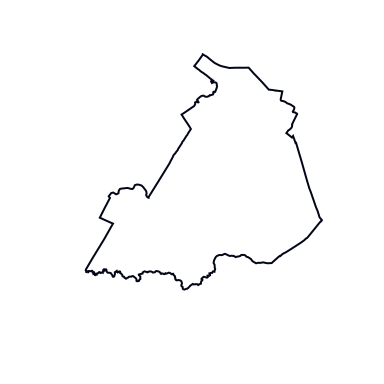 Butimanu, Dâmbovita, Romania, rotated 324°
{"feature_id": "2599482B27210810960629", "entity_name": "Butimanu", "entity_type": "district", "adm_level": 2, "iso_a3": "ROU", "parent_name": "Romania", "parent_adm1": "Dâmbovita", "projection": "albers", "projection_center": [25.868, 44.685], "detail": "fine", "context": "isolated", "style": "outline", "palette": "ink", "viewbox_px": 384, "rotation_deg": 324, "n_neighbors": 0, "source": "geoboundaries", "source_scale": "gbopen_adm2", "svg_char_len": 5980}
<svg xmlns="http://www.w3.org/2000/svg" viewBox="0 0 384 384"><g transform="rotate(324 192 192)"><path d="M214.7,296.3L223.3,295.4L225.3,295.3L225.5,295.7L226.0,295.7L228.4,295.4L228.8,295.5L229.3,295.4L232.2,295.9L235.8,296.2L250.8,297.0L254.7,297.0L255.5,296.8L257.1,296.7L258.4,296.8L269.4,293.9L276.4,292.0L279.0,291.4L279.1,291.6L280.5,291.2L280.6,290.5L280.3,288.2L280.4,287.1L282.2,282.0L282.9,279.3L283.3,277.4L288.1,261.8L289.0,258.2L291.8,250.2L298.1,233.1L305.1,213.4L304.6,213.2L306.7,206.1L304.9,206.7L303.0,199.8L306.3,198.7L307.4,198.9L308.4,198.8L309.7,198.6L310.4,198.4L311.4,197.8L312.3,196.8L312.6,196.6L312.6,196.2L312.8,196.0L322.9,190.7L322.9,189.9L322.5,189.4L322.1,188.2L320.7,186.8L320.8,186.2L323.2,185.1L324.5,183.8L324.6,182.9L323.0,178.9L321.1,176.1L320.8,174.9L320.0,173.1L319.4,172.3L318.0,170.8L317.8,170.5L317.8,170.1L317.9,169.6L318.8,168.6L324.2,163.7L319.3,159.0L319.2,159.1L317.5,157.2L314.3,154.3L313.3,144.4L311.6,131.9L310.9,124.7L304.4,120.1L299.6,116.6L295.1,113.6L290.3,108.1L288.9,106.2L287.9,104.4L286.2,101.0L285.2,97.6L284.0,93.0L283.7,91.6L283.4,90.9L281.6,87.0L281.3,87.3L274.8,89.5L267.8,91.5L269.0,96.0L269.6,97.6L269.9,99.3L270.7,101.5L270.9,101.7L271.8,104.8L272.1,105.4L273.4,110.6L274.5,114.1L272.6,113.6L272.4,113.8L272.2,115.6L272.9,115.7L274.2,116.1L275.4,117.1L275.7,117.6L275.8,118.2L275.6,119.0L274.6,120.6L274.3,121.3L273.6,122.0L271.5,123.4L270.5,124.0L269.7,124.6L269.3,124.4L268.6,123.7L267.9,123.7L267.5,124.1L267.5,124.7L266.2,125.4L265.2,125.1L264.2,124.6L263.2,124.5L263.2,124.2L261.5,124.2L260.8,124.1L259.7,123.5L259.1,122.9L258.4,122.1L258.2,121.2L257.7,120.6L256.1,119.9L254.9,119.8L251.3,120.1L250.3,120.4L250.1,123.2L250.0,123.3L249.7,123.2L249.2,122.6L249.0,121.8L248.5,121.4L247.8,121.6L247.1,121.4L246.3,122.7L244.4,123.7L232.4,123.4L229.1,123.2L228.8,127.5L228.4,137.6L228.1,140.4L222.9,142.4L222.0,143.0L220.6,143.3L215.4,145.4L213.8,145.7L212.4,146.6L205.9,149.1L205.5,149.5L205.0,149.7L202.0,150.5L201.3,150.9L199.1,151.2L195.5,153.2L193.2,154.2L192.8,154.5L190.6,155.6L172.2,163.2L153.9,170.6L153.5,171.1L152.9,170.1L152.9,168.7L153.1,167.5L154.5,166.4L155.3,164.8L155.5,163.5L155.4,159.4L155.0,157.1L153.1,154.6L151.5,153.4L149.7,152.9L147.4,154.3L145.9,154.6L145.1,154.3L142.2,150.8L136.6,147.6L135.4,147.2L133.7,147.9L132.8,148.6L131.9,149.7L130.5,149.7L129.3,149.3L127.9,146.1L126.1,145.4L122.1,146.5L122.1,148.6L112.2,153.5L102.3,158.6L107.7,168.1L109.5,171.1L93.3,178.5L72.6,187.1L61.1,192.1L60.0,192.8L59.9,194.1L59.5,194.3L59.4,194.4L59.6,194.7L60.8,194.6L61.1,194.8L61.2,195.1L60.8,195.6L60.8,195.9L61.1,195.9L62.1,195.3L63.3,196.4L63.6,196.6L64.6,196.8L64.9,197.1L65.0,198.1L64.3,198.7L64.4,198.9L65.4,199.1L65.6,199.3L65.6,199.8L65.3,200.3L64.9,200.4L64.3,200.2L64.1,200.3L64.0,200.5L64.9,201.0L65.1,201.3L64.7,202.2L64.9,202.4L65.2,202.3L65.5,201.8L65.9,201.7L66.2,201.9L66.2,202.6L66.3,202.8L66.8,202.4L66.9,202.0L67.5,202.1L68.0,202.5L69.5,202.2L70.1,202.4L70.3,202.8L70.1,203.3L70.3,203.7L71.7,204.3L72.3,204.2L72.5,204.7L73.0,204.1L73.9,204.4L74.1,204.3L74.2,204.2L74.3,203.9L74.1,203.5L74.2,203.0L74.9,202.8L75.5,202.8L75.8,203.1L75.8,203.4L75.6,204.3L75.8,204.4L76.8,204.0L77.0,204.1L77.1,204.5L76.7,205.0L76.4,205.2L76.2,207.0L76.3,207.5L76.5,207.8L77.7,208.8L78.6,209.8L78.6,212.5L78.2,213.7L78.2,214.0L78.4,214.2L79.0,214.6L79.9,214.2L81.5,213.0L82.4,211.6L82.7,211.6L83.9,211.6L83.6,211.9L83.7,212.0L83.8,212.1L84.1,212.2L84.6,213.4L85.1,213.4L85.5,213.0L85.9,213.5L86.9,213.8L87.0,214.2L86.9,214.6L86.4,214.7L86.2,214.9L86.5,215.7L86.9,217.9L86.3,219.2L86.7,220.1L87.2,220.6L87.2,220.8L87.0,221.8L87.5,222.6L87.5,223.1L87.8,223.4L88.2,223.5L89.3,223.4L90.1,223.7L91.1,223.5L92.1,224.0L93.0,224.8L94.0,224.9L94.8,225.2L95.6,227.7L95.9,229.2L95.5,230.8L95.0,231.0L94.8,231.3L95.0,231.8L95.2,232.0L96.7,232.7L97.0,232.7L97.9,232.0L99.0,232.1L100.5,230.0L100.2,228.2L100.3,227.6L100.6,227.5L101.9,228.0L102.2,228.2L102.4,228.4L103.5,228.6L104.1,228.9L104.5,228.4L105.0,228.1L105.6,228.1L106.9,228.3L107.3,228.7L107.8,229.5L108.6,230.2L108.6,230.7L108.8,230.9L110.4,231.0L110.8,231.3L111.5,231.6L112.0,232.1L112.6,233.0L112.9,233.6L113.0,234.2L113.8,234.5L114.6,235.1L116.3,234.8L116.6,234.9L117.2,235.5L118.0,236.3L118.5,237.0L119.1,239.0L118.7,239.5L118.7,239.8L118.9,240.1L120.1,240.5L120.5,240.9L120.8,241.6L121.6,242.3L122.1,242.4L122.6,242.1L122.9,242.2L123.0,242.8L123.2,243.0L125.6,243.6L126.1,243.8L126.4,244.3L127.0,245.6L127.2,246.5L127.4,246.8L128.0,246.9L128.4,246.9L128.7,247.1L128.5,248.0L128.4,248.8L128.7,249.9L128.5,250.5L128.1,250.9L128.1,251.4L128.0,251.7L127.4,252.3L127.3,252.8L127.3,253.4L127.5,253.4L127.5,253.7L127.5,254.0L127.8,254.6L129.1,255.1L130.3,256.3L130.8,257.3L130.9,257.9L130.5,259.4L130.2,259.9L129.5,260.6L128.8,260.9L128.3,261.5L128.2,262.0L128.6,263.4L127.8,264.6L127.7,265.0L127.7,265.3L127.9,265.7L128.4,266.3L128.6,266.5L130.5,267.0L131.2,267.4L133.1,267.3L135.4,266.8L138.5,266.8L138.9,267.7L139.3,267.8L140.2,268.5L140.4,268.5L142.1,269.7L142.3,270.4L142.3,270.9L142.9,271.0L143.8,270.9L144.6,271.2L145.4,271.4L145.8,270.7L147.1,269.6L148.3,269.6L148.9,269.1L148.8,268.5L148.6,267.9L150.1,267.5L151.6,267.5L152.1,267.9L153.2,269.4L153.8,270.1L154.6,270.2L155.2,269.5L155.4,268.8L156.2,269.1L156.8,270.0L157.7,270.0L158.2,269.2L158.3,268.1L159.6,268.5L160.9,269.3L161.7,268.8L162.5,268.6L163.3,269.7L164.6,268.5L165.6,267.8L165.7,267.0L167.6,263.9L167.6,262.5L167.8,262.1L168.2,261.6L169.8,260.2L172.9,258.6L174.5,258.4L176.8,258.9L179.1,260.6L179.6,260.8L181.9,261.2L182.3,261.4L183.0,262.5L184.8,265.8L186.8,267.0L187.8,268.1L188.2,268.2L189.0,270.3L190.3,270.7L191.9,271.6L193.2,272.0L193.8,272.1L194.8,271.9L196.0,272.6L197.5,274.0L197.8,274.6L198.0,275.6L198.0,276.1L198.1,276.5L198.9,277.5L199.3,278.2L199.7,279.5L200.1,280.2L200.3,280.8L200.2,281.6L200.3,282.4L200.3,283.6L201.9,287.3L203.0,287.8L203.7,288.0L205.5,289.4L208.4,290.9L209.9,292.7L211.4,294.2L214.7,296.3Z" fill="none" stroke="#020617" stroke-width="2"/></g></svg>